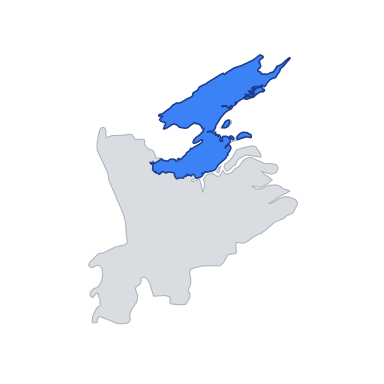 where Chittagong sits in Bangladesh, rotated 248°
{"feature_id": "BGD-2476", "entity_name": "Chittagong", "entity_type": "Division", "adm_level": 1, "iso_a3": "BGD", "parent_name": "Bangladesh", "parent_adm1": "", "projection": "orthographic", "projection_center": [91.588, 22.498], "detail": "fine", "context": "in_parent", "style": "filled", "palette": "blue", "viewbox_px": 384, "rotation_deg": 248, "n_neighbors": 0, "source": "natural_earth", "source_scale": "10m", "svg_char_len": 9776}
<svg xmlns="http://www.w3.org/2000/svg" viewBox="0 0 384 384"><g transform="rotate(248 192 192)"><path d="M133.1,267.0L133.2,258.3L127.7,240.9L128.1,239.1L127.0,230.7L125.6,226.1L125.0,221.2L128.6,214.2L127.2,213.0L119.6,210.8L118.7,208.9L120.5,202.0L115.2,195.4L113.1,190.4L119.3,174.7L121.0,163.8L120.6,161.6L117.0,159.1L110.8,158.0L106.4,155.8L103.8,152.7L101.7,151.4L98.9,152.2L95.5,150.9L92.6,147.8L90.3,144.0L91.3,139.9L96.2,130.3L97.9,130.1L101.8,132.0L103.3,132.0L106.0,128.3L109.8,117.4L122.5,118.6L125.6,118.3L128.7,117.5L130.5,116.2L131.5,114.4L131.2,112.9L127.3,110.8L125.9,109.2L124.9,104.8L123.8,103.2L116.1,102.8L112.2,100.7L110.1,98.8L106.4,92.8L101.7,88.3L97.2,87.1L95.4,85.7L94.6,83.4L95.2,80.1L97.7,73.9L110.5,60.6L110.9,59.1L110.4,57.3L106.8,55.1L106.6,54.0L107.7,51.2L109.8,50.9L114.0,53.5L118.3,57.8L120.9,61.6L120.9,64.5L124.3,65.2L127.1,66.6L130.1,66.2L132.0,67.0L133.3,66.7L133.8,65.0L131.4,60.7L132.6,59.0L135.5,59.1L137.5,60.7L139.0,64.1L139.2,69.2L142.4,73.9L146.8,77.2L150.3,78.8L154.5,79.9L158.1,78.9L159.9,75.7L159.2,72.8L159.8,70.3L161.2,68.9L163.5,69.0L165.1,71.0L169.9,82.2L168.8,87.0L169.7,100.5L168.3,109.4L169.1,112.8L169.9,113.4L177.3,115.1L188.0,118.8L196.2,120.1L233.5,119.3L241.6,121.1L266.5,119.7L273.3,122.5L280.6,127.1L284.8,130.5L285.6,132.5L285.1,134.1L283.7,135.1L281.2,135.1L275.3,132.9L274.3,133.6L274.3,138.9L269.6,152.2L268.9,156.4L267.2,158.0L262.3,158.9L259.0,166.7L257.7,167.6L254.5,165.9L252.4,166.2L249.9,166.9L247.4,168.7L245.6,170.9L243.6,171.7L236.6,171.6L235.3,175.2L230.7,179.9L227.5,192.4L227.7,196.2L231.6,206.2L234.3,219.2L235.3,220.5L236.6,220.7L236.7,214.7L238.0,213.9L239.6,214.6L242.9,222.6L244.8,224.7L247.7,225.2L251.1,224.0L253.6,221.7L254.6,219.1L253.7,210.4L255.3,206.9L261.0,201.5L261.8,199.9L261.4,191.2L263.6,190.9L266.5,191.6L270.1,189.5L271.2,189.4L272.8,191.7L275.4,191.3L279.4,208.6L279.7,220.8L280.7,227.6L282.1,229.1L286.5,239.3L290.8,275.2L291.4,298.0L293.2,305.7L291.8,307.5L290.4,307.8L289.0,305.1L279.7,299.4L277.4,300.0L274.2,303.3L272.9,306.5L273.5,310.8L274.5,315.1L276.8,317.6L277.0,320.3L279.5,330.6L278.8,330.6L273.6,321.3L267.4,312.2L265.3,295.7L265.2,287.6L260.9,278.1L256.9,261.4L258.6,255.5L255.7,258.1L251.0,248.1L243.8,238.3L241.6,234.0L241.6,229.8L238.4,234.0L234.2,237.0L229.8,241.5L226.9,242.8L217.8,243.6L212.5,237.6L205.0,222.9L204.0,219.6L205.1,211.0L203.4,202.8L202.9,195.6L201.5,196.2L201.0,198.2L201.3,201.3L200.7,203.8L188.0,202.0L193.4,206.4L199.2,207.4L202.2,211.3L202.3,217.7L196.6,221.5L197.1,224.7L200.4,228.7L196.3,229.8L195.2,232.3L195.1,236.0L197.9,241.7L197.4,243.9L202.1,251.3L203.0,254.9L201.8,259.8L191.3,269.9L188.2,277.0L185.6,280.4L182.4,281.0L178.5,277.5L178.5,274.0L179.3,271.3L184.8,264.6L181.9,265.5L173.4,271.0L171.8,266.4L170.8,262.3L170.8,257.2L175.0,249.6L170.3,253.3L169.0,258.1L169.5,263.7L168.9,267.6L167.0,272.8L164.5,275.9L160.5,277.8L158.7,280.8L156.0,283.0L155.2,272.6L152.5,258.5L151.8,261.5L153.2,270.3L153.0,275.9L150.8,280.4L146.3,285.1L143.0,285.8L141.0,285.0L134.8,277.7L134.4,270.8L133.1,267.0ZM210.2,268.0L202.4,269.7L198.4,269.1L205.9,256.5L205.7,250.9L204.6,246.3L200.8,242.5L200.7,239.9L199.0,236.3L198.2,232.0L202.3,230.7L205.7,233.1L206.8,237.9L208.5,241.6L214.3,249.0L214.2,253.5L212.5,264.7L210.2,268.0ZM226.8,264.0L222.1,267.3L223.7,247.4L227.2,254.8L228.1,258.8L226.8,264.0ZM245.0,254.0L242.9,255.4L241.0,254.2L238.5,249.5L239.7,243.6L240.5,242.7L243.5,248.8L245.0,254.0ZM262.5,296.1L259.8,296.4L258.5,294.9L259.1,292.9L258.4,286.5L261.8,285.8L263.1,291.2L262.5,296.1ZM259.5,278.0L257.5,284.5L256.7,281.6L258.1,276.0L259.5,278.0ZM204.4,225.9L205.1,228.0L200.8,225.3L199.7,223.4L201.6,222.4L204.4,225.9Z" fill="#d9dde1" stroke="#a8b0b8" stroke-width="1"/><path d="M291.9,300.2L293.7,306.1L293.3,306.9L292.4,307.8L291.4,308.5L290.5,308.6L289.9,308.0L289.3,305.0L288.4,303.1L287.2,302.8L285.7,303.2L283.8,303.0L282.8,302.7L281.9,302.0L281.3,299.6L280.7,298.8L279.3,298.3L277.6,300.4L275.4,300.5L274.9,301.4L274.3,303.5L273.1,305.3L272.8,306.1L273.2,309.0L272.7,312.1L273.3,313.6L274.4,314.6L275.0,316.1L276.8,317.6L276.5,321.5L276.7,323.4L277.1,325.2L278.7,327.7L278.8,328.6L279.9,331.7L280.0,332.8L279.6,333.1L279.3,333.0L278.5,332.0L277.4,329.5L274.3,323.9L273.6,320.8L273.3,320.3L270.9,318.3L269.2,315.5L267.2,313.1L266.9,312.4L266.8,311.3L267.2,308.2L266.9,306.2L264.4,301.6L263.5,300.9L262.7,299.3L262.6,298.5L263.2,298.8L264.1,297.1L264.8,296.5L265.6,296.8L265.1,296.3L264.6,295.4L264.4,293.5L265.8,291.7L265.6,290.9L266.4,289.7L266.2,289.3L266.5,288.8L266.4,288.4L265.8,288.0L266.1,286.6L265.9,286.3L265.6,286.9L265.9,286.9L265.4,288.6L264.8,289.3L264.1,289.3L263.7,288.7L264.1,286.6L263.8,286.6L263.5,287.5L263.1,287.4L262.5,286.1L262.7,285.0L263.7,284.6L264.3,284.0L264.1,283.7L263.3,284.2L263.0,283.8L263.3,283.1L264.3,282.6L264.3,282.3L262.3,282.5L260.7,283.0L260.3,282.6L260.3,281.4L260.8,280.4L261.6,280.0L261.3,279.5L261.4,279.0L262.5,278.4L262.5,278.0L261.6,278.3L261.0,279.1L260.5,277.5L260.2,275.1L259.4,273.9L259.4,272.1L258.3,267.2L258.2,265.5L258.8,265.8L258.6,265.2L258.2,265.3L257.9,265.9L257.9,266.8L257.6,266.8L256.7,264.9L256.4,263.8L256.3,262.6L256.6,261.8L257.6,260.6L257.5,259.8L256.3,258.9L256.2,257.7L257.0,257.1L259.1,256.2L259.6,255.4L260.6,252.0L259.7,252.0L259.2,254.6L259.2,254.9L257.8,256.3L255.7,257.4L255.4,257.9L255.5,258.7L257.0,259.5L257.0,260.5L256.2,261.1L255.2,261.0L254.5,259.9L253.8,254.4L253.3,252.6L250.3,246.7L244.6,238.7L243.2,238.1L242.4,237.4L241.4,235.8L241.1,236.0L240.8,235.7L240.5,234.6L240.6,234.0L241.0,233.4L242.0,230.0L242.0,228.9L241.7,228.9L240.8,232.3L240.3,232.8L239.3,233.1L238.7,233.9L238.5,235.0L238.6,236.1L237.3,235.3L235.6,235.1L235.6,235.5L236.5,235.7L236.7,236.2L236.2,236.6L233.1,236.9L235.0,237.7L234.9,238.4L234.3,238.8L232.9,239.1L231.1,238.8L231.0,237.7L229.8,237.4L228.3,237.4L228.3,237.7L228.9,238.2L229.1,238.8L228.7,239.1L227.7,239.1L227.7,239.4L231.5,240.6L232.0,241.6L231.8,242.2L230.9,244.7L230.0,245.6L229.2,246.2L225.8,247.0L224.1,246.2L223.3,244.9L222.8,242.8L221.0,239.5L220.4,239.7L221.0,240.4L221.6,241.7L222.0,243.1L221.9,244.0L221.0,244.5L219.5,244.7L218.2,244.6L217.6,244.2L217.3,243.5L216.1,242.6L215.0,240.8L214.7,239.5L214.2,239.3L212.9,239.4L212.2,237.4L211.1,236.6L210.8,235.8L210.2,234.9L209.5,232.7L209.1,231.1L208.1,228.7L207.7,227.0L204.3,222.3L203.8,221.0L203.8,219.9L204.3,217.0L204.4,215.0L204.6,214.0L205.5,212.1L205.3,211.2L205.6,211.2L204.9,209.7L204.8,209.0L205.3,208.6L205.0,208.5L205.0,208.2L203.9,208.6L203.1,207.6L202.6,205.3L202.7,202.4L203.1,201.3L204.2,200.7L206.7,200.7L207.8,200.1L207.8,198.4L207.6,197.7L207.2,197.4L207.6,196.8L209.0,195.7L208.7,195.2L208.9,194.7L210.1,194.4L210.2,194.1L208.7,192.4L209.1,192.0L209.4,191.0L209.2,190.4L208.1,189.4L209.8,185.5L209.9,184.8L209.7,183.8L209.9,183.0L211.0,182.2L212.6,182.2L213.8,181.8L215.6,182.8L216.7,182.0L218.3,179.7L219.3,177.7L219.5,176.5L219.3,175.6L219.7,174.5L220.9,173.5L221.8,172.6L222.1,171.5L221.3,171.0L221.6,170.3L220.8,169.2L220.7,168.0L222.0,167.5L223.4,165.5L224.0,166.0L224.6,166.1L224.7,164.7L226.7,164.1L227.3,163.7L230.9,165.6L232.0,165.8L233.7,164.4L234.5,164.2L235.1,164.4L234.9,165.0L232.8,166.5L234.4,167.4L232.9,167.9L232.5,168.6L233.0,170.2L233.4,173.3L233.6,174.1L234.2,174.9L234.0,176.4L233.3,176.3L232.5,176.6L231.9,177.2L230.0,180.5L229.8,181.8L230.5,183.5L230.4,184.4L229.5,187.1L229.0,187.8L228.2,188.3L226.7,188.6L226.2,189.5L226.4,190.6L227.9,191.2L228.1,191.9L227.7,192.7L226.6,192.7L226.4,193.9L226.6,194.7L227.9,197.2L229.0,200.4L230.1,201.2L230.4,201.7L231.3,205.3L231.8,206.2L232.9,206.8L233.0,207.1L232.1,208.4L232.6,209.6L233.6,217.4L234.2,219.4L235.2,220.8L236.7,221.2L236.9,219.6L236.1,215.6L236.1,213.5L236.3,212.3L236.8,211.6L237.8,211.6L238.6,212.3L239.6,213.9L239.8,213.5L240.1,213.9L240.1,214.7L240.8,215.4L242.6,222.1L243.2,222.6L243.5,224.5L244.1,225.1L245.8,225.8L246.3,226.9L247.0,226.5L247.6,225.3L248.0,225.1L249.0,225.4L251.1,224.8L251.6,224.5L253.0,223.1L253.8,221.9L253.8,221.3L254.0,221.1L254.7,221.1L255.5,219.9L254.8,217.9L254.1,214.6L253.5,213.1L253.2,211.1L254.1,208.8L256.5,204.9L257.2,204.3L259.7,203.2L260.4,202.7L261.9,200.4L262.0,198.5L260.8,192.9L260.8,191.1L260.8,190.0L261.1,189.4L261.7,189.4L264.7,193.0L265.4,193.4L266.4,193.1L267.2,192.4L269.3,189.6L271.2,189.0L272.1,190.3L272.5,192.1L273.1,193.0L273.8,192.3L274.3,190.1L275.1,189.7L276.0,190.2L276.1,191.2L275.6,193.2L275.7,194.8L277.4,200.3L277.9,203.4L279.0,204.7L279.0,206.1L280.0,207.1L279.9,209.0L280.4,210.7L279.3,213.3L279.1,215.9L280.3,222.7L280.3,226.1L280.6,227.7L281.4,229.0L282.9,229.6L283.6,230.4L284.3,235.6L286.0,237.3L286.5,238.1L286.7,238.8L287.0,242.5L287.0,245.3L287.7,247.6L290.5,264.2L290.4,265.4L289.3,265.6L288.7,266.1L289.8,269.4L291.3,277.7L290.6,285.1L291.4,297.8L291.9,300.2ZM226.8,255.2L227.1,256.4L227.8,257.0L228.2,258.8L228.4,261.4L226.4,265.4L224.8,266.6L224.3,266.7L223.8,267.5L222.9,268.1L221.1,267.8L220.6,267.5L220.3,266.8L221.6,265.2L222.7,263.2L223.2,260.8L223.5,253.7L224.3,253.6L225.8,254.4L226.8,255.2ZM261.9,283.0L262.0,286.2L263.7,289.4L264.1,291.3L263.5,295.4L263.1,296.2L260.1,296.2L260.3,297.2L259.8,297.5L259.3,297.4L258.7,296.8L258.3,295.6L258.3,295.2L259.0,294.2L259.2,292.6L258.9,290.6L258.0,287.4L258.2,285.7L259.1,284.3L259.6,284.3L260.2,284.8L260.4,285.4L259.8,287.6L260.5,286.8L260.7,285.6L260.7,284.4L260.4,283.3L261.9,283.0ZM241.0,244.2L244.9,249.4L245.3,251.5L244.9,253.1L242.8,253.3L241.4,252.5L240.0,250.6L239.3,248.7L239.0,247.1L240.1,244.7L241.0,244.2ZM259.8,278.9L259.6,279.7L259.0,280.9L258.6,282.6L257.7,285.2L257.3,285.7L256.9,284.8L257.6,280.8L257.3,278.4L257.8,276.9L258.8,275.7L259.1,276.0L259.8,278.9ZM225.7,248.8L229.1,247.6L229.6,248.5L229.1,249.7L227.3,250.7L226.1,250.8L225.2,250.2L225.7,248.8Z" fill="#3b82f6" stroke="#1e3a8a" stroke-width="1.5"/></g></svg>